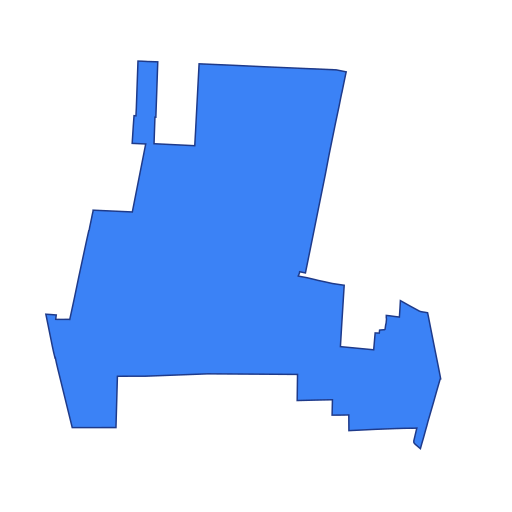 Gura Ialomitei, Ialomita, Romania, rotated 98°
{"feature_id": "2599482B23433175195747", "entity_name": "Gura Ialomitei", "entity_type": "district", "adm_level": 2, "iso_a3": "ROU", "parent_name": "Romania", "parent_adm1": "Ialomita", "projection": "natural_earth1", "projection_center": [27.728, 44.753], "detail": "fine", "context": "isolated", "style": "filled", "palette": "blue", "viewbox_px": 512, "rotation_deg": 98, "n_neighbors": 0, "source": "geoboundaries", "source_scale": "gbopen_adm2", "svg_char_len": 2178}
<svg xmlns="http://www.w3.org/2000/svg" viewBox="0 0 512 512"><g transform="rotate(98 256 256)"><path d="M384.8,440.9L384.6,440.6L390.1,438.6L395.5,436.5L423.5,425.3L451.5,414.1L445.4,370.8L394.4,376.5L392.4,362.9L390.5,349.3L379.4,287.4L371.7,230.0L367.5,198.4L393.4,195.1L390.5,177.7L387.7,160.3L403.0,158.5L401.8,150.3L400.5,142.0L416.0,139.7L411.0,113.5L410.0,107.9L407.1,91.8L407.1,91.6L406.0,85.3L405.4,81.3L405.0,78.8L404.8,77.1L404.5,75.4L404.3,74.1L404.0,72.8L417.1,74.0L417.8,73.9L418.5,73.8L419.1,73.4L419.6,73.0L420.5,71.8L423.9,66.4L418.6,65.7L413.2,64.9L404.6,63.8L400.3,63.2L396.0,62.7L377.2,60.0L364.7,58.3L352.2,56.5L352.0,56.0L340.9,59.8L320.1,67.1L302.3,73.3L291.6,77.0L288.3,78.2L288.2,81.4L288.2,82.8L288.1,85.3L287.8,86.6L286.9,89.0L285.4,93.0L284.1,96.5L283.4,98.3L282.7,100.1L281.4,103.4L280.1,106.8L288.3,106.1L296.5,105.5L296.6,110.6L296.6,115.7L296.7,118.7L299.0,118.4L300.2,118.0L304.3,117.8L305.2,117.9L306.0,118.0L310.6,118.0L311.1,118.5L311.8,121.8L312.2,123.3L315.2,123.2L315.6,127.3L332.5,126.4L334.0,159.8L312.9,161.5L272.7,164.6L272.6,176.6L272.0,184.0L271.5,191.3L271.2,193.9L270.4,202.4L270.2,206.9L270.0,211.4L269.7,211.4L269.1,211.2L268.6,211.0L268.0,210.9L267.3,210.7L266.8,210.6L266.1,210.6L265.5,210.6L265.9,204.7L242.9,203.3L195.7,200.5L165.5,198.7L144.9,197.7L113.7,195.8L103.5,195.1L96.4,194.6L91.0,194.3L89.1,194.2L82.7,193.8L82.2,193.7L71.1,193.0L63.5,192.5L61.1,192.3L60.5,202.4L67.2,271.5L70.3,304.9L73.6,339.1L141.0,333.2L147.0,332.7L155.3,332.0L159.0,372.6L132.6,375.4L132.5,374.5L109.6,376.9L77.4,380.3L78.4,389.7L78.5,390.1L78.6,391.9L79.0,396.4L79.4,400.0L126.1,395.1L133.9,394.4L134.0,396.3L143.1,395.7L161.7,394.3L160.4,380.8L229.6,384.6L233.3,423.7L234.2,423.6L237.9,423.9L241.6,424.1L244.6,424.3L247.6,424.5L250.6,424.7L253.6,424.8L254.1,425.1L262.8,425.8L268.2,426.2L284.8,427.4L301.4,428.6L312.2,429.3L323.0,430.0L333.9,430.8L344.8,431.6L344.8,432.5L345.4,436.7L346.0,440.8L346.2,442.5L346.5,444.2L346.5,444.8L346.6,445.5L344.4,445.6L342.2,445.6L342.5,450.8L342.9,456.0L347.7,454.3L352.5,452.6L363.0,448.9L373.5,445.2L379.5,443.0L384.5,441.0L384.8,440.9Z" fill="#3b82f6" stroke="#1e3a8a" stroke-width="1.5"/></g></svg>